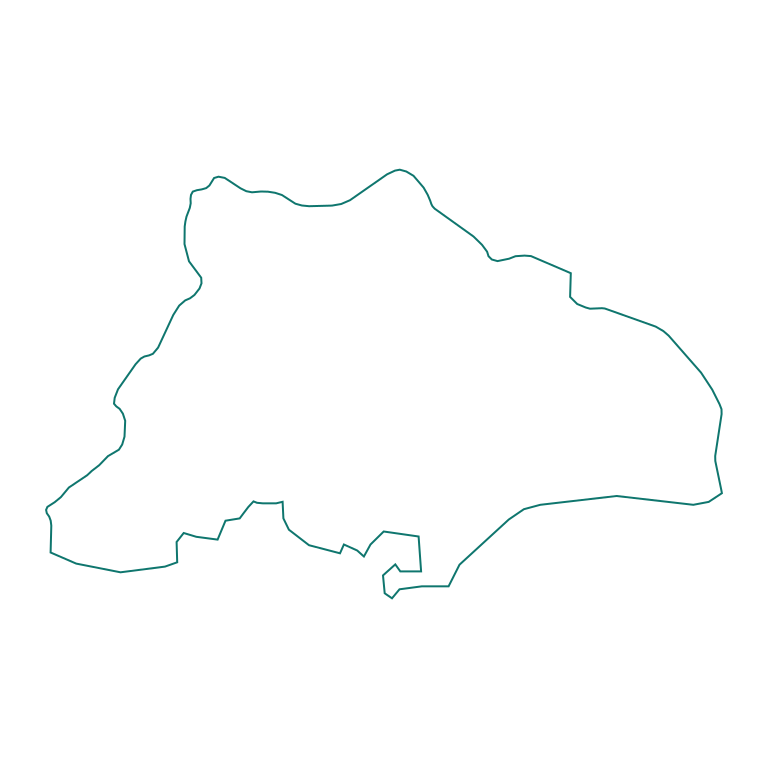 the District of Limassol
{"feature_id": "CYP-3489", "entity_name": "Limassol", "entity_type": "District", "adm_level": 1, "iso_a3": "CYP", "parent_name": "Cyprus", "parent_adm1": "", "projection": "robinson", "projection_center": [32.895, 34.793], "detail": "fine", "context": "isolated", "style": "outline", "palette": "teal", "viewbox_px": 768, "rotation_deg": 0, "n_neighbors": 0, "source": "natural_earth", "source_scale": "10m", "svg_char_len": 1949}
<svg xmlns="http://www.w3.org/2000/svg" viewBox="0 0 768 768"><path d="M262.5,503.3L257.0,502.8L253.5,501.4L248.3,507.0L243.2,513.7L239.7,518.4L225.5,520.7L217.6,539.6L196.3,536.8L183.7,533.0L176.6,542.0L177.2,562.3L165.0,566.6L120.5,572.3L76.2,563.6L50.6,552.5L51.3,525.6L50.7,520.7L49.2,516.6L46.8,513.2L46.1,509.9L47.4,506.9L54.7,502.2L60.9,497.1L68.9,487.5L87.2,475.2L91.8,470.9L99.2,465.2L108.0,456.1L118.9,449.7L122.2,444.5L124.5,436.7L125.2,420.8L122.9,413.7L119.6,408.8L116.3,406.4L114.0,403.7L114.7,397.8L118.0,389.3L135.6,364.2L140.7,358.6L144.4,356.5L149.0,355.4L152.9,353.8L158.1,347.6L173.3,314.9L179.2,305.6L185.2,300.4L190.0,298.3L194.4,295.0L199.5,288.5L201.5,283.3L201.2,277.7L189.0,261.3L184.5,244.1L184.7,226.5L185.4,221.5L186.5,216.6L189.8,207.9L190.7,203.3L190.5,198.9L191.0,194.9L192.8,191.6L196.9,190.2L201.7,189.4L206.2,188.1L209.4,185.5L214.1,178.0L218.5,176.7L224.7,177.9L240.5,188.3L246.3,191.2L252.0,192.3L261.1,191.5L268.0,191.7L275.1,192.8L281.9,195.0L295.4,203.7L301.9,205.5L309.1,206.2L332.0,205.6L341.2,204.0L350.0,200.2L387.1,174.3L395.0,170.6L399.8,169.7L406.3,171.5L413.5,175.8L423.6,187.6L427.7,194.8L430.2,200.7L431.4,204.2L432.5,206.3L434.7,208.7L473.5,236.5L482.0,244.8L487.1,251.7L488.5,256.2L491.8,259.5L497.5,261.1L509.1,258.7L515.5,256.2L524.6,255.6L531.0,256.1L570.8,273.2L570.1,296.9L577.2,304.0L585.7,307.5L590.0,308.7L601.9,308.2L604.8,308.5L655.7,326.6L663.4,331.1L668.7,335.7L701.1,372.7L712.2,389.6L719.5,404.1L721.5,409.2L721.6,414.1L715.2,456.0L715.3,461.0L721.4,490.5L721.9,493.2L708.7,501.9L693.3,504.8L616.6,496.0L540.3,504.8L523.9,509.2L508.8,519.5L459.5,564.7L448.6,586.3L422.1,586.3L399.5,589.3L392.0,598.3L384.7,593.3L383.0,575.4L395.3,564.4L400.3,571.4L421.1,571.4L418.6,536.5L383.7,531.5L370.5,544.5L363.9,556.5L357.2,550.5L343.9,544.5L340.0,553.3L309.0,545.2L288.9,529.7L283.4,518.4L282.6,501.8L276.3,503.3L268.0,503.3L262.5,503.3Z" fill="none" stroke="#0f766e" stroke-width="2"/></svg>